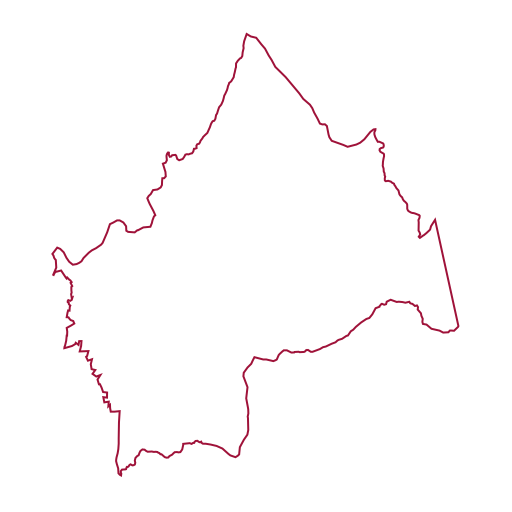 outline of Coahuitlán, Veracruz, Mexico, rotated 181°
{"feature_id": "50627088B66619946151873", "entity_name": "Coahuitlán", "entity_type": "district", "adm_level": 2, "iso_a3": "MEX", "parent_name": "Mexico", "parent_adm1": "Veracruz", "projection": "equal_earth", "projection_center": [-97.706, 20.267], "detail": "fine", "context": "isolated", "style": "outline", "palette": "rose", "viewbox_px": 512, "rotation_deg": 181, "n_neighbors": 0, "source": "geoboundaries", "source_scale": "gbopen_adm2", "svg_char_len": 6019}
<svg xmlns="http://www.w3.org/2000/svg" viewBox="0 0 512 512"><g transform="rotate(181 256 256)"><path d="M138.8,384.9L140.7,384.6L143.8,382.1L149.7,374.6L153.8,371.1L157.6,369.2L166.3,366.8L170.7,368.6L182.3,372.5L184.7,376.0L185.6,378.8L187.4,387.2L189.4,388.9L191.9,388.7L194.4,389.5L196.8,394.3L200.4,400.5L202.3,404.8L204.7,408.2L211.5,413.9L215.6,419.4L229.5,435.4L240.0,445.4L243.9,452.4L246.8,456.7L250.6,463.5L254.5,467.9L259.6,474.2L265.0,475.4L269.2,477.8L271.6,470.5L272.3,466.0L272.0,463.6L272.9,459.4L273.2,455.7L274.3,453.8L275.4,453.3L277.6,450.9L279.3,448.2L279.3,444.3L279.7,443.2L280.5,439.1L281.1,436.7L281.4,434.4L283.8,430.3L285.0,429.2L285.8,428.7L286.2,427.2L287.0,425.3L287.3,423.6L287.9,421.4L289.7,417.3L290.5,415.9L291.1,413.1L291.8,410.4L293.4,406.7L295.5,404.1L296.7,400.3L297.4,397.8L298.4,396.2L299.0,392.5L300.1,390.5L301.7,390.0L302.6,388.6L303.3,387.2L304.4,383.8L305.5,381.3L306.8,378.2L309.4,375.7L311.0,374.0L311.7,372.6L313.5,370.2L313.9,368.9L314.8,367.3L316.7,366.7L317.5,365.3L317.3,362.8L318.8,362.2L319.9,362.1L320.5,359.4L321.7,357.6L323.6,357.1L325.2,356.4L326.8,356.6L328.4,356.1L329.5,353.9L331.0,351.7L334.5,350.4L336.4,351.6L337.6,355.0L338.3,355.7L341.6,355.3L342.5,354.0L343.9,353.7L344.9,355.6L344.9,357.8L345.7,358.0L346.6,356.9L347.2,355.1L347.2,353.6L346.8,350.2L348.0,347.7L350.7,346.7L348.0,338.4L347.6,334.0L349.2,332.2L351.0,332.1L351.2,329.3L351.3,325.3L352.5,322.9L355.7,320.8L360.1,320.1L362.3,316.1L364.3,314.2L365.7,311.9L364.4,308.8L363.2,306.2L359.4,299.3L357.4,295.0L358.7,293.8L360.1,289.9L360.7,287.1L362.1,283.4L369.2,282.6L374.4,279.7L375.1,279.7L377.7,277.5L384.3,277.9L386.1,279.0L386.4,283.5L389.2,287.2L392.9,289.2L395.5,289.2L399.2,287.0L402.6,285.3L405.2,277.1L409.6,266.4L411.1,264.6L416.1,261.0L420.2,258.8L423.2,256.4L428.4,251.0L430.4,247.7L432.6,246.1L435.2,244.8L439.0,244.1L442.7,247.0L445.5,250.9L448.3,256.3L451.9,259.7L454.9,260.9L459.6,254.5L458.5,252.9L457.8,250.7L457.1,249.6L456.1,248.5L455.5,240.9L458.4,233.7L458.0,233.5L457.0,235.7L455.4,237.0L454.9,236.9L450.6,238.1L445.7,231.0L445.0,230.2L444.4,231.2L442.1,228.9L441.3,228.5L439.9,226.7L440.9,225.9L439.2,222.7L440.1,221.8L440.0,218.6L439.7,216.1L440.2,214.7L439.5,210.9L438.8,211.3L439.5,208.9L441.0,207.9L442.9,208.6L443.5,207.6L443.4,206.5L442.4,205.9L442.2,204.4L440.8,203.2L441.3,201.9L441.5,198.1L442.9,198.3L443.5,195.9L444.2,191.5L442.4,191.4L441.6,190.2L440.2,188.7L437.6,187.8L436.5,185.3L440.1,183.0L444.0,180.8L443.4,177.1L443.5,173.1L443.9,173.1L444.3,167.9L445.3,163.3L445.9,161.7L446.0,160.5L438.4,162.8L435.3,164.7L434.7,166.1L431.9,164.0L431.3,167.8L429.0,167.9L429.3,162.9L430.6,157.5L421.9,158.0L423.1,153.1L424.1,152.2L422.2,148.4L418.2,149.9L419.3,144.9L418.4,140.0L414.7,139.2L417.4,135.3L413.6,132.7L409.5,134.3L412.3,129.7L410.8,125.0L409.8,125.1L408.1,121.7L406.5,117.3L402.5,116.9L402.5,111.8L406.2,112.2L405.1,107.0L400.7,107.8L401.0,103.1L399.4,104.6L399.2,101.3L398.5,97.8L394.7,97.9L389.6,98.5L390.1,87.3L390.1,82.0L390.1,71.1L390.0,65.9L390.3,60.4L390.9,56.3L391.9,52.3L392.2,50.3L392.3,48.5L391.5,45.5L390.1,41.3L389.9,38.8L389.7,36.3L388.2,34.8L387.1,34.2L386.9,36.0L387.4,37.3L387.4,38.6L386.2,40.1L382.8,40.4L382.2,40.6L381.7,42.4L381.4,42.9L380.7,42.8L379.9,43.2L378.8,44.9L377.8,45.5L375.9,44.5L374.7,44.7L373.5,45.4L373.1,47.2L373.6,49.3L373.0,52.0L371.3,53.9L369.9,54.7L368.9,57.6L368.1,59.1L366.2,60.6L364.0,60.4L362.5,59.2L360.9,58.4L356.7,58.7L355.3,58.4L353.8,58.4L352.9,58.5L351.1,58.3L350.3,57.6L349.2,57.3L348.1,56.1L347.0,56.1L343.7,53.3L341.9,52.8L340.2,53.0L339.1,54.4L336.4,55.9L335.1,57.3L333.9,58.4L331.6,58.6L330.1,58.3L328.2,58.6L326.4,61.3L325.5,65.7L325.5,66.9L319.0,67.7L317.1,67.0L315.9,67.9L314.5,68.1L314.2,69.1L313.1,70.0L311.3,70.2L310.2,69.3L308.7,68.7L307.6,69.4L307.0,68.2L306.1,67.5L305.2,67.4L302.9,67.4L298.1,66.7L292.1,65.4L286.2,62.9L280.2,57.7L278.2,56.2L273.0,54.5L270.7,56.0L269.4,57.3L268.8,64.6L264.9,72.1L261.5,77.2L260.7,81.9L261.2,93.9L261.5,95.2L260.9,98.4L261.1,102.5L261.3,103.8L263.3,113.5L262.2,124.7L266.5,135.5L266.2,139.1L262.5,144.4L258.9,148.1L257.5,151.3L255.8,154.8L247.1,152.7L243.8,152.7L236.8,151.2L234.5,152.2L233.4,152.9L231.6,157.3L230.6,158.5L227.9,161.1L226.5,162.2L223.4,162.2L219.0,160.1L216.2,160.2L215.8,160.7L211.7,161.0L210.6,160.6L206.5,160.9L205.6,161.2L204.1,162.8L203.9,162.7L202.4,163.0L199.6,161.2L197.8,161.2L190.4,164.1L187.4,166.0L184.6,166.7L178.8,169.6L175.0,171.1L173.0,173.0L171.6,173.7L168.5,174.7L164.2,177.7L162.7,178.1L159.9,182.4L157.5,184.0L154.9,186.9L149.7,191.4L144.5,195.0L141.6,196.0L138.7,199.7L135.5,205.9L131.7,207.4L131.6,208.0L129.7,210.3L129.2,210.4L127.0,209.5L125.1,210.1L124.5,212.6L120.6,214.6L114.5,212.5L112.5,212.8L108.7,212.5L105.8,211.9L101.9,212.9L101.0,211.5L100.0,211.1L98.8,210.9L96.2,208.8L94.2,209.4L93.1,207.7L93.4,205.3L90.1,201.6L89.6,199.1L88.2,196.1L88.5,193.0L87.9,191.0L84.3,190.4L79.3,186.3L71.2,184.6L67.5,182.7L62.3,183.1L60.9,184.8L59.8,184.9L56.7,184.7L52.8,188.6L52.4,189.5L77.6,295.3L81.5,288.9L82.4,285.5L83.0,284.8L86.1,281.8L88.6,279.7L89.8,279.0L90.5,278.4L92.5,277.0L93.6,278.1L92.2,280.4L92.8,282.4L93.9,284.2L93.9,292.4L94.2,294.8L93.2,297.0L93.0,299.0L93.5,299.7L97.5,301.2L99.3,301.7L100.2,301.7L101.9,302.2L104.2,303.5L104.9,304.2L105.6,305.8L105.7,309.8L106.1,311.0L107.8,312.8L108.7,313.4L109.7,314.6L110.2,315.4L110.9,317.2L112.1,318.2L113.2,319.5L113.7,320.3L114.7,324.0L116.8,326.3L117.9,328.2L118.9,329.5L119.3,330.7L121.3,331.7L122.4,332.7L125.2,333.5L126.5,333.2L127.8,333.1L128.5,333.9L128.6,336.1L128.2,337.6L128.8,338.9L128.9,340.7L129.2,341.7L129.7,342.5L129.8,343.6L130.0,345.8L130.9,348.4L130.8,349.0L130.7,352.3L130.2,355.6L129.9,357.1L129.7,357.9L129.8,359.9L130.1,360.5L133.5,362.4L134.3,363.8L134.2,365.1L133.1,366.0L130.8,366.7L130.4,367.3L130.2,368.0L130.2,369.0L130.5,370.2L130.9,370.8L134.7,372.4L136.2,372.3L137.5,374.5L138.8,376.9L139.7,379.5L139.8,380.7L139.8,381.9L139.2,383.1L138.9,383.7L138.8,384.4L138.8,384.9Z" fill="none" stroke="#9f1239" stroke-width="2"/></g></svg>